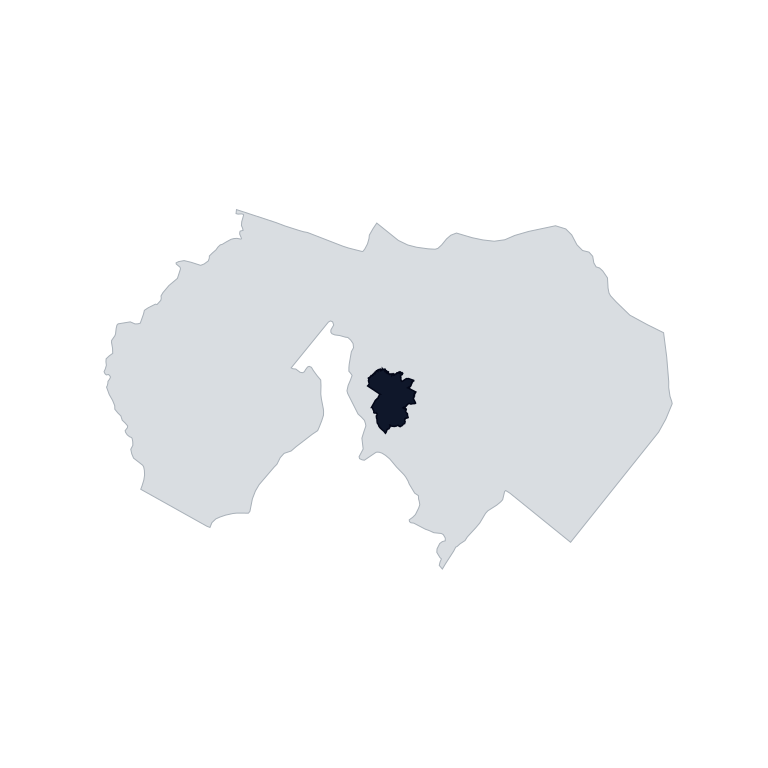 Lufwanyama, Copperbelt, Zambia (highlighted), rotated 219°
{"feature_id": "96606910B27641216908272", "entity_name": "Lufwanyama", "entity_type": "district", "adm_level": 2, "iso_a3": "ZMB", "parent_name": "Zambia", "parent_adm1": "Copperbelt", "projection": "robinson", "projection_center": [27.285, -12.951], "detail": "fine", "context": "in_parent", "style": "filled", "palette": "ink", "viewbox_px": 768, "rotation_deg": 219, "n_neighbors": 0, "source": "geoboundaries", "source_scale": "gbopen_adm2", "svg_char_len": 9173}
<svg xmlns="http://www.w3.org/2000/svg" viewBox="0 0 768 768"><g transform="rotate(219 384 384)"><path d="M490.9,504.5L463.2,504.6L453.0,507.0L444.7,510.8L434.8,516.8L429.1,520.9L427.5,523.2L426.7,528.3L426.7,536.1L425.7,541.7L422.7,546.9L407.7,553.1L397.8,558.2L388.2,564.3L380.9,572.1L375.9,581.7L367.6,593.6L350.3,614.9L340.3,618.9L331.9,618.0L321.7,613.6L313.7,612.7L307.7,615.5L302.2,614.6L297.2,610.2L292.9,608.5L289.5,609.8L285.1,609.5L277.1,607.1L270.2,599.5L266.4,596.3L263.5,595.1L255.2,593.9L236.2,592.2L216.4,595.9L199.0,599.8L181.3,582.9L164.1,564.9L160.5,560.4L154.0,554.4L149.4,551.5L147.6,550.0L142.9,534.1L140.3,519.4L139.4,378.4L217.4,378.4L222.4,377.8L222.6,376.3L219.0,368.8L219.1,366.1L220.1,361.0L223.5,350.8L223.7,347.4L222.1,336.3L222.2,330.1L223.0,317.6L222.5,313.3L224.3,307.7L224.9,303.9L225.6,302.3L224.7,298.0L223.1,283.1L222.2,276.9L226.9,277.8L228.4,280.9L229.3,284.2L231.5,284.4L237.0,286.4L239.0,289.2L240.3,295.1L239.5,298.2L237.7,300.7L239.5,302.9L243.2,304.3L245.4,303.9L251.7,299.8L257.4,298.3L260.4,297.2L273.3,294.6L275.8,293.1L277.6,293.1L278.9,294.3L277.8,298.5L277.4,302.3L279.0,309.4L280.2,312.7L282.9,315.1L284.8,316.4L287.0,318.9L291.5,318.5L301.4,322.1L304.4,323.8L308.6,325.4L311.5,326.1L321.7,327.3L332.4,329.4L338.0,329.5L342.0,329.0L344.7,328.0L346.4,326.8L347.2,325.9L351.3,312.4L353.3,311.3L356.0,310.6L357.6,311.8L359.3,320.4L367.1,328.0L369.7,334.5L371.7,340.0L373.4,341.5L376.3,343.4L381.0,344.1L385.2,344.3L406.1,353.7L408.5,355.4L411.0,360.4L412.6,366.1L414.2,370.6L416.9,371.4L419.3,371.8L421.7,374.8L423.5,377.5L429.7,388.6L430.5,393.0L433.5,396.0L437.6,397.2L441.4,397.4L443.5,396.1L448.9,393.8L453.1,391.2L456.1,390.3L457.9,390.8L459.3,392.6L460.2,398.2L463.1,400.0L465.3,399.3L466.2,397.1L466.2,396.0L466.3,338.1L464.4,338.5L462.0,340.1L456.5,340.3L454.3,341.6L453.6,343.4L454.0,345.8L454.1,349.1L453.3,350.6L450.9,351.3L447.4,350.0L441.0,348.3L435.7,347.3L431.9,343.0L426.8,336.4L423.4,333.1L415.3,326.3L413.9,324.9L411.4,321.7L409.3,316.3L407.3,310.0L406.2,306.0L408.1,299.9L412.9,279.8L414.0,273.5L418.0,267.2L418.3,261.5L416.7,254.2L417.1,250.2L417.7,227.2L416.6,219.9L414.0,211.9L408.1,200.7L408.1,198.3L417.2,191.0L419.9,188.3L424.6,182.4L427.8,177.3L429.8,173.3L430.5,168.0L429.0,163.0L432.1,162.0L506.8,149.1L507.9,152.5L510.2,158.2L512.7,162.5L515.9,166.1L518.7,168.4L520.5,169.0L532.0,168.8L536.1,171.0L539.7,173.9L540.6,178.3L542.9,181.0L545.5,183.2L546.6,183.5L548.5,182.9L551.6,182.9L554.4,183.8L555.8,184.8L555.9,188.5L556.8,190.1L560.7,190.8L564.6,191.1L568.4,193.6L572.6,194.0L577.3,195.0L579.6,197.7L584.7,200.5L590.9,202.9L597.7,207.0L597.9,208.3L599.0,210.7L600.2,212.4L600.3,214.9L600.9,217.3L602.6,217.9L604.1,218.0L605.5,216.3L607.3,216.4L609.3,217.4L610.0,220.1L611.5,223.8L614.1,226.3L615.8,228.7L615.2,233.1L614.1,237.1L617.5,241.0L621.9,244.8L623.1,246.5L623.5,252.0L624.1,253.9L627.1,258.6L628.6,261.7L628.5,263.4L620.3,272.6L615.3,274.0L613.1,275.9L611.7,277.9L614.9,287.0L616.6,290.5L615.2,294.9L611.9,302.2L610.4,302.9L610.1,308.5L611.1,310.5L612.7,312.1L613.3,315.9L613.1,325.3L611.0,336.1L614.6,345.4L615.9,346.4L621.0,346.5L621.8,347.3L620.6,349.9L617.0,354.1L610.5,357.2L601.2,360.8L599.3,364.1L598.0,369.1L599.0,371.9L600.3,373.6L599.8,377.9L599.0,382.4L599.2,386.0L598.8,389.1L597.6,390.7L595.9,395.4L593.9,400.2L592.3,402.4L590.0,404.6L586.3,406.6L586.4,407.5L590.5,409.7L591.6,411.2L592.0,412.3L590.2,414.7L592.1,416.2L594.5,417.4L596.7,420.6L599.2,426.5L599.6,427.2L600.3,427.2L601.7,426.6L604.3,424.2L606.2,423.3L608.4,426.7L569.5,441.5L560.4,444.5L546.8,449.8L542.3,451.7L538.8,453.6L502.7,465.2L497.0,467.4L484.2,473.3L483.8,474.3L483.9,477.0L485.0,482.5L487.2,487.6L489.1,490.5L490.3,497.9L490.9,504.5Z" fill="#d9dde1" stroke="#a8b0b8" stroke-width="1"/><path d="M363.1,349.1L361.4,348.0L359.7,347.5L358.5,347.4L357.7,347.3L354.3,347.2L351.9,346.6L351.9,347.6L352.3,348.5L352.3,348.9L352.6,349.5L352.7,350.0L352.9,350.5L352.7,351.3L352.2,351.9L352.0,352.3L352.2,353.6L352.3,354.5L353.0,355.0L353.3,355.7L353.5,355.8L353.1,356.0L352.5,355.9L352.4,356.0L352.1,355.9L351.7,356.2L351.2,356.1L351.0,356.4L350.1,357.0L349.9,357.2L349.4,357.3L349.1,357.8L348.7,358.1L348.7,358.4L348.0,359.0L347.4,360.5L347.2,360.6L346.9,360.6L346.6,360.9L346.2,360.7L345.8,360.7L345.5,360.9L345.3,360.8L344.8,361.0L344.6,361.0L344.4,361.7L344.4,361.9L344.1,362.3L344.1,362.5L343.8,362.9L343.9,363.2L343.7,363.9L343.8,364.0L343.7,364.4L343.8,364.7L343.8,365.1L343.6,365.5L343.1,366.1L343.3,366.4L343.3,367.0L343.9,367.8L344.0,368.2L344.2,368.3L344.5,368.2L344.8,368.4L344.8,368.5L345.1,368.8L345.4,369.2L345.4,369.4L345.6,369.4L345.9,369.9L345.6,370.2L345.8,370.6L345.5,370.9L345.5,371.1L345.4,371.2L345.4,371.5L345.2,371.6L345.3,371.7L345.1,372.0L344.9,372.0L344.7,372.3L344.6,372.6L344.4,372.8L344.2,372.8L344.1,373.1L346.7,374.9L346.7,375.2L347.0,375.3L347.2,375.7L349.2,375.8L349.7,376.3L350.2,376.4L350.3,376.7L350.4,376.9L350.3,377.2L351.1,377.5L350.9,377.6L350.8,378.0L350.7,378.2L350.8,378.4L351.5,378.6L352.0,378.5L352.1,378.4L352.4,378.5L352.7,378.3L353.2,377.4L354.3,377.4L354.1,378.4L353.5,378.7L353.0,379.3L353.1,380.0L352.8,381.0L353.0,381.7L352.9,381.8L352.7,383.8L352.4,384.6L352.2,384.8L351.2,385.0L350.5,385.3L349.7,386.2L349.3,386.9L348.8,387.2L347.7,388.2L347.4,388.9L348.3,389.6L348.9,389.6L350.3,390.5L350.6,390.5L351.5,390.6L351.8,391.2L352.0,391.3L352.1,391.5L352.2,391.4L352.3,391.5L352.5,391.9L352.4,391.9L352.4,392.1L352.5,392.5L352.4,392.7L352.6,392.9L352.8,393.4L353.0,393.5L352.9,393.7L353.3,393.8L353.2,394.0L353.3,394.1L353.2,394.1L353.3,394.3L353.3,394.6L353.5,394.7L353.6,395.0L353.9,395.5L353.9,395.8L354.2,395.8L354.1,396.0L354.2,396.3L354.3,396.4L354.2,396.6L354.3,396.7L354.1,397.0L354.3,397.3L354.3,397.6L354.2,397.7L354.2,397.8L361.4,396.3L361.8,396.3L363.2,395.9L363.1,396.2L362.9,396.5L363.0,396.6L363.0,396.8L362.7,397.3L362.4,397.4L362.6,397.5L362.4,397.9L362.3,398.2L362.2,398.3L361.9,398.7L361.9,398.9L362.1,399.1L362.1,399.3L362.1,399.7L362.2,400.1L362.4,400.1L362.3,400.5L362.6,401.1L362.7,401.5L362.9,401.7L362.8,401.8L362.9,402.0L363.0,402.1L362.9,402.4L363.1,402.5L363.1,402.8L363.3,402.7L363.3,402.9L363.5,402.8L363.6,403.0L363.6,403.5L363.3,404.0L363.3,404.3L363.3,404.2L363.2,404.2L363.1,404.3L363.1,404.6L363.1,404.8L363.3,404.9L363.1,405.0L363.3,405.2L363.1,405.4L363.2,405.5L368.5,403.6L369.3,402.7L370.0,402.3L371.5,397.6L371.7,397.3L372.3,397.3L373.2,397.7L374.7,399.2L375.0,399.7L375.3,399.6L375.7,400.2L375.8,400.4L376.1,400.5L376.2,400.8L376.2,401.0L376.3,401.0L376.4,401.5L376.2,402.4L375.8,402.8L376.0,403.1L376.0,403.9L376.3,404.1L377.2,404.2L377.8,403.6L378.5,403.6L378.9,403.7L379.2,403.3L379.3,402.8L379.0,402.5L378.5,402.6L378.4,402.5L378.4,402.3L378.5,401.9L379.0,401.8L379.8,402.1L380.0,402.4L380.2,401.8L380.4,401.4L380.5,401.0L380.6,400.9L380.9,400.9L381.0,400.8L380.7,400.4L380.8,399.7L381.3,399.2L381.4,398.6L381.9,398.4L382.2,398.1L382.2,397.8L382.2,397.4L382.0,397.2L381.8,397.3L381.5,397.6L381.5,397.4L381.6,397.1L381.9,396.8L382.3,396.9L382.5,397.0L382.6,397.5L382.8,397.8L383.5,397.8L383.7,397.1L383.3,396.5L383.3,395.7L383.8,396.3L384.0,396.4L384.4,396.3L384.5,396.5L384.5,396.4L384.8,396.4L384.8,396.0L385.2,395.9L385.3,395.6L385.7,394.9L386.0,394.8L386.5,395.2L387.0,395.1L387.3,394.7L387.7,394.5L388.1,394.6L388.3,394.8L388.2,395.0L387.6,395.5L388.0,395.9L388.3,395.9L388.3,396.2L388.5,396.2L388.7,395.9L388.5,395.7L388.8,395.6L388.8,394.3L389.0,394.2L389.2,394.3L389.4,394.3L389.4,394.6L389.9,395.8L390.2,395.9L390.3,395.9L391.0,394.8L391.1,394.7L391.2,394.4L391.4,394.5L391.3,395.7L391.9,395.9L392.2,396.1L392.7,396.2L392.9,395.8L393.0,395.2L393.4,394.9L393.7,394.8L394.3,395.0L394.6,394.7L394.9,394.8L394.7,394.5L394.1,394.1L394.3,393.9L394.6,394.0L395.0,393.8L395.4,393.2L395.2,392.9L394.6,392.9L394.6,392.7L394.8,392.3L395.0,392.1L395.3,392.3L395.7,393.0L396.2,393.3L396.3,393.2L396.6,392.6L397.2,391.9L397.2,391.2L397.6,391.1L397.7,390.8L397.5,390.5L397.5,390.2L397.2,390.0L397.9,389.9L398.2,389.6L398.2,388.9L398.0,388.6L398.2,387.8L398.0,387.6L398.1,387.4L398.3,387.3L398.2,387.2L398.2,386.9L397.9,386.8L397.6,386.3L398.0,386.2L398.4,385.9L398.2,385.7L398.6,384.9L398.7,384.3L398.2,383.8L398.7,383.5L398.7,383.4L398.4,383.0L398.5,382.9L398.8,383.0L399.1,382.6L399.1,382.2L398.9,381.8L399.0,381.6L399.1,381.8L399.3,381.9L399.3,381.6L399.2,381.4L399.2,381.0L399.1,380.8L399.3,380.5L399.1,380.3L399.4,380.1L399.3,379.7L399.2,379.5L399.3,379.3L399.6,379.2L399.9,379.0L399.6,378.5L399.3,378.6L399.0,378.4L398.4,377.5L398.4,377.2L398.1,376.7L397.7,376.7L397.6,376.4L397.3,376.1L397.2,376.1L397.1,375.9L396.2,375.4L395.7,375.0L395.4,373.5L395.5,372.2L380.7,373.6L381.1,373.2L380.6,372.4L380.2,370.2L379.9,370.1L379.7,369.8L379.7,369.6L379.6,369.4L379.9,369.2L380.0,368.8L380.2,368.3L380.1,367.5L380.1,366.9L380.4,366.5L380.4,365.5L380.2,364.8L379.0,358.0L378.8,358.2L378.6,358.3L374.7,356.5L374.1,355.5L373.7,355.3L373.3,355.3L372.7,355.9L372.4,356.2L372.4,356.5L372.2,356.8L371.9,356.7L371.5,356.3L370.9,356.6L370.7,356.6L369.9,355.9L370.0,355.4L369.9,354.4L369.7,354.1L369.3,353.8L368.4,352.8L367.4,352.3L365.3,350.0L364.2,349.2L363.1,349.1Z" fill="#0f172a" stroke="#020617" stroke-width="1.5"/></g></svg>